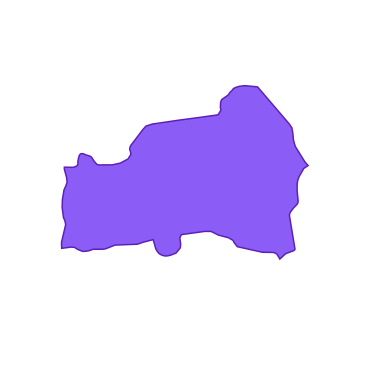 map outline of Managua (orthographic projection), rotated 37°
{"feature_id": "NIC-659", "entity_name": "Managua", "entity_type": "Department", "adm_level": 1, "iso_a3": "NIC", "parent_name": "Nicaragua", "parent_adm1": "", "projection": "orthographic", "projection_center": [-86.332, 12.202], "detail": "fine", "context": "isolated", "style": "filled", "palette": "violet", "viewbox_px": 384, "rotation_deg": 37, "n_neighbors": 0, "source": "natural_earth", "source_scale": "10m", "svg_char_len": 1895}
<svg xmlns="http://www.w3.org/2000/svg" viewBox="0 0 384 384"><g transform="rotate(37 192 192)"><path d="M121.8,315.4L118.1,310.8L110.7,294.0L107.7,291.4L104.9,289.9L97.6,282.5L93.2,276.3L88.5,267.3L87.6,263.1L86.3,259.2L83.1,255.9L76.2,250.5L75.1,249.0L82.0,244.0L83.0,242.9L84.2,240.8L84.3,240.0L84.3,239.4L84.1,238.4L83.7,237.8L82.4,236.2L80.5,232.2L80.1,230.7L79.9,229.9L80.0,229.1L80.2,228.4L80.6,227.8L81.4,227.3L82.4,226.8L84.4,226.4L88.5,224.9L89.3,224.7L90.1,224.6L90.8,224.7L91.3,224.8L95.2,226.3L99.2,227.1L100.0,227.1L101.5,226.3L112.0,218.3L117.4,212.0L121.0,204.1L120.6,199.0L118.8,196.9L117.4,196.1L116.3,195.1L115.5,193.4L115.1,191.5L115.2,171.4L115.6,167.0L119.5,161.5L138.0,142.8L165.0,116.1L166.1,114.7L166.5,113.9L166.2,112.8L166.0,111.9L166.0,110.1L165.8,109.3L165.4,108.8L163.8,107.4L163.7,107.3L161.1,103.5L160.8,102.8L160.3,101.3L160.1,100.5L160.4,99.2L162.1,94.2L162.5,92.4L162.5,91.1L162.4,90.3L162.4,89.3L162.9,86.3L162.8,85.3L163.1,83.9L163.9,82.3L166.2,79.1L170.1,75.3L181.1,68.6L228.2,79.0L233.1,80.6L237.2,84.4L241.5,89.2L244.5,91.6L247.2,93.5L264.3,100.1L268.8,101.0L267.1,105.9L268.3,115.5L269.6,119.5L271.5,122.8L275.0,127.5L282.0,135.1L283.0,136.7L283.3,138.5L282.7,144.0L282.7,148.8L283.2,150.8L284.1,152.3L308.3,175.3L308.9,176.2L308.4,177.9L303.9,184.9L302.5,192.7L297.5,190.6L295.4,190.6L293.1,191.5L284.4,197.8L261.1,208.4L256.2,207.1L254.7,206.3L254.2,206.1L253.3,206.0L248.6,206.6L239.1,210.5L231.0,212.0L226.0,215.7L209.1,232.5L210.0,236.1L214.1,240.2L215.6,242.4L216.3,244.0L216.0,250.4L212.9,255.4L211.3,257.3L209.6,258.9L207.4,260.1L204.8,260.8L202.6,261.0L199.3,260.1L197.3,259.2L189.7,253.4L183.2,261.5L179.9,266.5L162.5,280.7L157.1,289.5L155.1,291.5L147.6,297.1L144.7,301.4L141.2,304.7L140.1,305.3L138.6,305.8L135.4,306.6L133.8,306.8L131.6,306.9L128.8,308.6L121.8,315.4L121.8,315.4Z" fill="#8b5cf6" stroke="#5b21b6" stroke-width="1.5"/></g></svg>